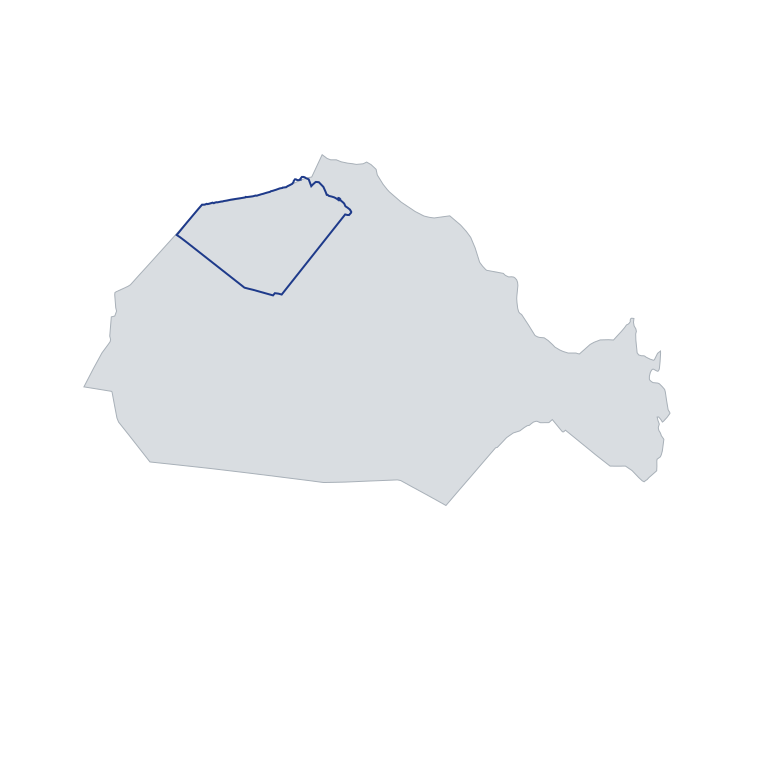 location of N'Gourti, Diffa, Niger, rotated 218°
{"feature_id": "23599985B32057380818540", "entity_name": "N'Gourti", "entity_type": "district", "adm_level": 2, "iso_a3": "NER", "parent_name": "Niger", "parent_adm1": "Diffa", "projection": "orthographic", "projection_center": [13.567, 16.185], "detail": "fine", "context": "in_parent", "style": "outline", "palette": "blue", "viewbox_px": 768, "rotation_deg": 218, "n_neighbors": 0, "source": "geoboundaries", "source_scale": "gbopen_adm2", "svg_char_len": 4488}
<svg xmlns="http://www.w3.org/2000/svg" viewBox="0 0 768 768"><g transform="rotate(218 384 384)"><path d="M573.9,526.6L567.7,526.7L564.1,527.8L559.6,531.3L554.6,532.7L548.5,535.7L544.6,538.1L541.0,540.0L536.0,544.7L534.3,548.2L529.3,548.9L522.4,548.3L518.0,544.6L507.7,540.8L501.1,539.2L498.0,538.7L482.4,537.9L465.7,539.1L457.2,540.7L455.6,541.1L450.8,543.3L446.7,545.7L435.7,557.0L421.4,556.4L413.0,554.9L405.9,552.9L395.9,547.3L383.6,538.8L378.8,537.5L374.5,536.8L373.1,536.8L358.1,544.6L355.2,544.3L351.7,545.1L349.4,547.1L347.6,548.1L345.9,548.2L343.5,547.7L341.3,546.3L339.1,544.0L333.2,534.7L332.0,533.0L329.5,530.2L325.2,525.9L322.3,523.8L320.5,523.3L318.4,523.5L306.6,519.5L294.9,515.2L292.3,515.6L290.4,516.3L286.2,519.0L281.4,519.3L275.3,518.8L272.0,518.3L266.5,519.0L262.9,519.9L258.1,521.7L251.8,526.6L250.0,527.2L248.5,528.0L245.9,542.1L244.1,546.3L240.8,551.8L234.5,557.0L230.2,560.0L229.9,564.4L229.3,571.6L229.1,576.6L229.3,579.8L228.5,581.3L228.2,582.7L228.3,584.8L229.3,585.9L229.8,587.2L229.4,588.3L227.4,589.5L225.3,586.1L222.6,583.7L219.5,582.5L217.5,580.8L216.5,578.4L212.7,573.8L203.7,564.4L202.8,564.2L201.3,563.7L198.6,564.7L196.9,566.0L195.8,566.5L194.1,566.5L189.6,567.4L186.1,568.7L185.9,569.8L187.3,576.6L186.4,580.2L184.9,578.4L180.1,571.4L176.8,566.2L176.2,565.0L175.8,563.3L176.2,562.5L177.6,562.1L180.8,561.6L181.4,561.1L181.7,559.8L181.3,557.2L179.7,553.6L177.9,551.2L176.9,550.7L175.0,550.5L172.9,550.7L168.8,553.3L167.1,553.7L163.1,553.2L159.5,552.5L157.4,550.9L151.1,544.9L144.2,538.6L141.3,537.5L140.6,536.9L140.4,532.3L140.8,526.9L141.2,525.4L144.2,526.5L147.3,527.1L148.4,526.1L145.9,524.1L142.4,521.9L141.2,518.8L140.2,517.7L138.6,516.5L136.8,515.9L134.9,514.9L133.7,514.0L131.6,513.4L129.4,512.7L126.4,507.6L123.5,502.7L121.9,498.9L121.4,496.7L122.5,492.9L121.7,491.4L118.4,487.3L115.7,483.5L116.7,478.1L117.6,473.5L117.8,470.6L118.4,469.0L118.8,467.1L120.8,466.7L125.7,467.1L135.2,468.5L142.9,468.0L143.3,467.9L149.0,463.3L155.3,458.5L164.3,458.5L174.1,458.5L181.8,458.7L193.0,458.9L202.1,459.1L212.6,459.3L213.0,456.9L213.7,456.3L214.7,456.3L222.3,458.0L229.5,459.6L230.3,455.1L236.9,449.8L240.6,448.8L241.5,447.9L242.8,446.0L243.6,443.1L244.0,441.0L245.4,439.4L246.6,436.2L248.1,430.7L252.0,425.0L254.4,417.2L255.1,409.5L255.7,403.7L256.8,402.5L257.3,392.2L257.8,381.8L258.2,372.9L258.7,362.0L259.2,352.4L259.7,341.9L260.1,332.6L260.4,326.4L267.7,325.3L275.3,324.1L286.4,322.3L298.3,320.3L311.4,318.2L314.4,316.7L324.5,308.1L329.1,304.2L338.2,296.5L345.2,290.5L354.1,282.9L363.4,275.3L370.9,269.2L382.5,262.4L399.9,252.0L417.3,241.6L434.7,231.2L451.9,220.8L469.2,210.3L486.3,199.7L503.4,189.1L520.4,178.5L537.4,182.7L553.5,186.7L569.7,190.6L573.5,192.8L582.2,200.4L593.3,210.2L593.8,210.4L594.3,210.4L604.9,204.6L618.7,197.0L622.5,217.3L625.4,234.9L625.7,246.0L625.9,249.0L627.0,250.9L629.6,252.9L640.2,269.0L638.0,271.8L639.6,276.8L642.3,278.9L651.1,288.5L652.3,290.4L651.8,291.9L645.9,303.3L644.9,306.1L643.9,320.6L643.1,330.9L642.1,344.9L640.9,361.8L639.9,376.0L638.6,394.8L637.3,412.5L628.5,422.4L612.8,439.8L599.9,453.9L593.4,463.4L580.8,481.8L575.1,493.8L570.7,500.0L568.4,502.6L570.4,511.4L573.9,526.6Z" fill="#d9dde1" stroke="#a8b0b8" stroke-width="1"/><path d="M518.0,500.5L519.6,500.5L521.4,500.5L523.8,500.3L526.5,501.7L528.4,501.9L531.6,502.0L532.2,502.7L533.5,502.9L534.5,502.5L534.4,501.9L532.1,501.8L532.5,501.0L535.1,500.9L537.9,500.5L540.6,499.5L543.2,498.3L545.1,498.3L545.6,497.8L548.2,499.4L553.1,502.0L559.6,502.9L562.1,501.3L562.3,500.8L562.9,497.4L563.1,495.1L569.3,498.9L570.7,498.6L571.8,498.2L573.5,498.1L574.8,497.7L576.2,496.6L576.2,494.3L575.5,493.6L576.3,493.0L576.4,492.4L578.0,491.2L579.3,491.1L580.2,490.5L580.1,488.3L579.6,487.5L579.6,485.2L580.8,482.5L581.9,480.3L582.2,478.9L584.1,477.0L584.7,476.5L584.8,475.9L586.7,473.8L587.6,472.3L588.8,470.4L590.8,467.5L591.8,466.3L592.2,465.1L594.1,462.7L596.4,459.4L597.8,457.6L600.2,454.1L601.3,453.4L602.7,451.4L607.1,446.9L608.2,446.3L608.3,445.6L610.7,442.9L614.2,439.2L618.2,434.9L620.9,431.7L623.0,429.4L623.6,428.5L624.6,427.6L627.0,424.7L628.0,424.1L629.1,422.6L629.4,421.7L630.7,421.4L633.7,417.2L634.6,416.9L635.8,414.9L637.8,413.3L638.1,407.8L638.7,390.4L639.1,373.8L635.1,374.1L628.5,374.2L553.3,374.0L549.6,375.6L545.2,377.6L526.0,385.5L525.9,388.4L522.8,390.2L519.7,391.5L519.0,493.7L517.9,494.2L516.8,494.7L515.6,495.6L515.4,498.6L515.7,499.4L516.3,499.8L517.4,500.0L518.0,500.5L518.0,500.5Z" fill="none" stroke="#1e3a8a" stroke-width="2"/></g></svg>